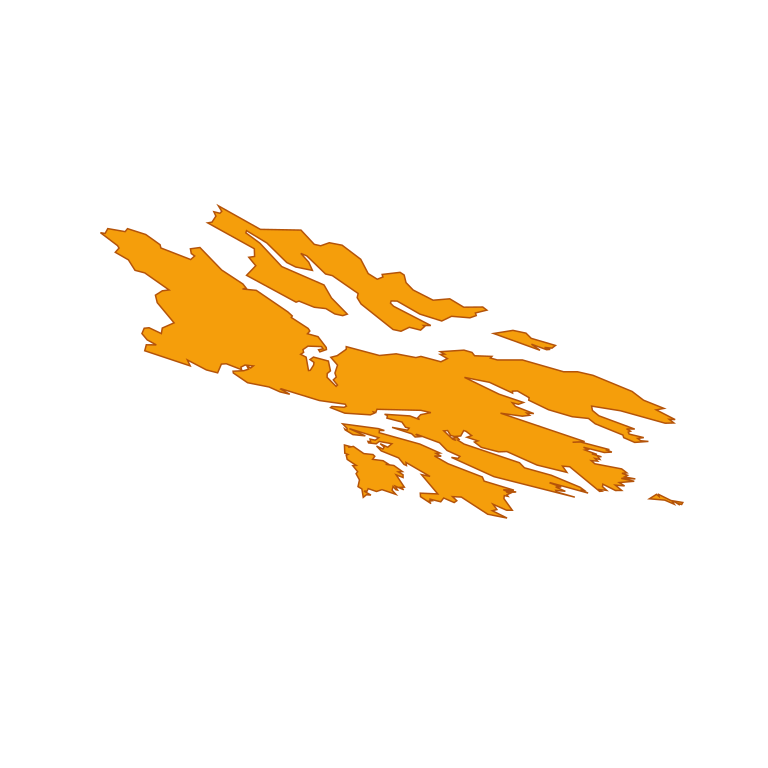 Steigen nor, Nordland, Norway, rotated 205°
{"feature_id": "86288312B1701312811751", "entity_name": "Steigen nor", "entity_type": "district", "adm_level": 2, "iso_a3": "NOR", "parent_name": "Norway", "parent_adm1": "Nordland", "projection": "equal_earth", "projection_center": [15.214, 67.838], "detail": "fine", "context": "isolated", "style": "filled", "palette": "amber", "viewbox_px": 768, "rotation_deg": 205, "n_neighbors": 0, "source": "geoboundaries", "source_scale": "gbopen_adm2", "svg_char_len": 6162}
<svg xmlns="http://www.w3.org/2000/svg" viewBox="0 0 768 768"><g transform="rotate(205 384 384)"><path d="M682.1,416.4L683.0,412.7L700.0,408.1L700.4,402.6L704.9,401.3L684.0,396.8L681.6,395.2L683.2,389.8L668.1,388.5L657.7,381.8L647.8,383.6L618.5,378.4L624.3,374.8L628.7,367.9L623.9,361.9L600.1,350.7L608.6,341.0L607.1,335.6L620.7,335.7L624.9,333.2L624.7,327.4L617.3,323.9L606.9,323.2L616.0,319.1L614.9,313.0L567.3,318.5L572.4,322.7L550.9,321.7L539.5,323.8L539.8,333.3L535.5,335.7L519.1,336.8L520.8,338.8L518.0,342.4L510.0,345.2L511.6,342.1L515.6,342.2L513.0,340.2L516.7,336.8L526.2,331.8L525.2,330.3L508.2,327.5L487.0,332.7L474.9,332.9L465.1,334.9L475.5,335.7L475.2,336.2L435.6,341.7L410.6,349.3L408.7,348.0L410.3,346.0L421.8,341.6L422.5,340.0L407.2,341.0L383.3,350.3L380.5,353.4L381.8,354.2L379.4,354.6L379.7,358.1L339.5,375.7L329.4,377.9L337.8,371.7L339.2,367.5L336.8,366.8L347.1,366.0L370.7,356.8L367.6,356.9L366.9,354.3L351.7,357.1L346.2,353.9L342.6,354.6L343.1,352.1L358.4,348.1L337.9,350.6L333.4,349.1L329.3,351.4L333.4,351.7L333.1,352.2L308.8,354.2L298.8,350.4L284.6,350.5L285.5,347.9L291.9,346.0L245.2,346.5L163.2,362.1L181.9,359.1L183.3,360.2L174.3,363.4L185.0,363.2L179.8,365.5L191.6,364.5L191.6,364.8L152.9,371.4L161.2,371.0L157.7,372.3L162.6,373.3L193.7,372.0L221.3,367.4L227.9,369.9L286.0,363.4L293.6,364.3L292.5,365.5L294.9,366.5L299.4,363.7L295.0,363.3L298.4,363.0L310.0,366.8L306.7,368.7L301.9,365.6L298.0,366.2L292.5,369.3L292.1,375.5L289.7,375.8L282.8,374.3L286.3,370.8L274.9,372.1L277.5,369.6L269.0,367.7L251.4,371.0L244.1,374.7L211.1,375.2L180.9,381.2L187.5,385.0L180.7,387.5L143.2,377.8L141.5,378.8L145.5,378.9L137.2,381.7L142.6,383.3L143.3,385.7L129.2,385.3L123.6,388.0L131.6,390.1L122.9,393.3L129.1,394.1L116.1,401.6L129.1,398.7L116.1,404.2L126.8,401.4L124.7,404.2L130.6,403.6L126.3,406.1L132.7,407.5L159.2,400.8L163.8,402.1L157.8,404.4L161.3,405.7L156.5,406.9L159.9,408.8L156.1,409.9L166.1,408.5L161.3,410.2L174.0,409.1L171.6,410.9L176.5,411.0L155.4,415.0L148.7,418.6L155.3,418.1L152.0,419.8L181.3,414.5L188.5,410.9L177.8,416.6L266.1,406.8L245.0,413.3L238.8,417.2L242.3,418.0L235.7,420.5L255.4,419.2L259.8,421.2L253.6,422.4L249.8,426.2L275.3,423.4L313.9,424.0L289.1,430.1L263.6,430.1L264.6,431.8L260.1,434.1L246.7,432.9L246.0,430.5L224.0,430.2L199.6,433.9L184.1,439.2L175.8,437.2L145.9,438.7L144.1,436.7L132.1,437.0L120.1,443.7L127.3,441.1L131.1,441.9L125.9,445.2L140.7,442.2L142.3,443.6L140.6,445.4L145.2,445.8L137.7,449.1L175.8,446.0L183.9,448.1L186.5,451.7L158.3,459.7L112.6,467.3L104.8,471.2L110.6,472.5L105.1,474.8L126.4,475.6L119.9,480.2L141.9,479.0L156.0,482.1L198.2,480.2L213.7,476.9L226.4,471.0L268.7,464.3L291.4,453.7L298.6,452.5L297.9,454.6L313.8,447.9L317.6,449.8L325.8,448.5L346.6,437.1L341.7,436.7L345.5,434.6L337.3,433.8L341.8,428.2L362.2,424.6L366.3,421.4L385.7,416.5L400.2,407.9L434.0,401.9L432.9,399.5L438.4,389.9L443.5,385.7L434.1,381.5L433.1,373.2L430.2,370.1L431.7,366.3L425.7,363.4L426.4,361.6L438.4,366.0L439.9,369.5L438.1,373.3L444.1,381.3L459.3,378.6L461.4,374.9L456.6,374.0L455.8,371.4L456.6,365.2L458.1,364.3L465.9,375.4L472.1,375.7L470.2,378.7L472.0,380.9L468.9,386.2L456.4,391.5L454.1,390.1L457.8,387.4L455.7,386.0L450.7,390.9L451.8,392.7L463.8,399.0L474.6,397.2L473.6,400.7L476.2,402.3L496.1,405.1L495.9,406.9L501.6,408.7L539.3,414.9L552.4,410.3L549.4,412.6L554.1,415.0L579.3,418.7L608.5,429.9L616.6,424.7L613.8,420.8L609.7,420.0L611.8,415.1L643.7,413.0L645.8,415.6L663.1,418.8L682.1,416.4ZM554.5,424.4L498.3,421.0L496.1,423.2L479.6,424.1L468.5,427.8L458.2,426.7L450.3,428.5L446.8,431.8L468.0,439.8L480.2,448.4L526.3,447.2L556.0,459.2L573.1,462.6L573.4,464.9L549.8,462.3L523.5,453.0L513.5,452.7L496.9,456.7L503.7,462.6L514.6,467.2L508.1,467.5L483.5,459.0L476.6,460.4L445.7,455.1L444.8,450.9L438.6,446.8L398.8,437.2L390.9,439.0L385.0,446.1L373.6,448.3L371.5,453.3L373.0,453.7L366.3,456.8L408.2,458.5L412.3,460.0L412.6,462.3L407.1,464.7L381.0,462.5L358.3,465.5L351.4,473.9L334.1,480.3L329.3,485.0L331.2,487.0L322.0,494.4L327.0,495.5L344.2,487.3L360.4,489.0L374.9,480.7L397.3,481.5L406.9,485.2L411.8,491.3L416.6,492.0L432.0,482.5L430.2,480.5L434.4,476.1L445.0,477.4L457.8,487.2L480.6,492.1L493.3,488.9L499.8,482.5L506.2,481.1L524.3,488.4L561.4,471.9L609.4,475.5L604.0,471.9L604.9,469.4L611.0,468.2L607.3,465.1L608.3,458.0L611.9,455.5L558.7,451.8L555.2,444.9L560.1,441.7L550.2,437.0L554.5,424.4ZM303.3,297.3L290.8,295.5L293.9,296.6L291.5,298.2L293.2,298.2L293.6,299.1L282.8,301.2L281.7,305.9L270.3,306.2L268.7,309.0L274.3,310.9L266.1,314.2L234.9,309.8L215.8,314.5L232.3,314.9L228.6,317.9L234.4,321.1L219.6,321.4L214.4,323.8L226.9,330.8L227.8,333.7L224.1,334.6L225.8,335.5L223.2,338.6L226.9,337.8L227.9,338.5L220.6,340.8L218.6,342.0L229.7,338.5L231.2,338.6L221.4,342.7L252.2,338.3L255.6,341.3L292.3,338.8L307.9,340.1L301.6,342.7L307.5,343.1L304.1,345.1L326.2,344.7L367.8,337.8L368.5,339.9L364.0,342.0L370.2,341.2L404.6,330.4L398.7,328.2L397.9,326.2L400.5,326.6L399.8,326.0L390.8,325.0L379.0,329.1L396.6,328.9L366.1,333.1L368.2,329.4L373.4,328.2L371.7,326.0L374.3,325.2L373.1,324.1L365.8,326.5L364.1,329.9L351.6,333.2L353.9,328.3L362.2,328.3L357.2,326.9L357.5,324.6L364.5,324.6L358.3,322.2L339.5,323.2L331.9,319.6L329.2,319.6L330.9,322.2L303.2,319.7L311.7,317.7L288.8,307.1L305.0,300.4L303.3,297.3ZM354.9,272.5L353.1,276.2L348.9,277.8L356.9,278.5L354.1,279.7L354.1,282.5L345.4,283.4L341.2,287.4L326.6,289.0L331.8,291.2L332.5,295.0L328.7,293.2L326.9,293.6L330.7,296.2L321.4,296.5L325.2,297.4L322.0,299.1L334.6,306.8L327.2,307.3L328.4,309.8L333.9,310.4L330.3,312.4L340.6,314.3L348.6,311.9L346.5,313.3L352.4,314.1L362.5,310.9L361.8,314.6L364.2,315.4L372.9,312.4L385.4,314.5L389.6,311.5L388.9,312.9L394.1,312.0L390.3,304.7L386.9,304.9L388.1,303.4L385.5,300.1L374.8,298.5L377.8,296.8L370.8,293.4L371.4,290.9L365.7,286.7L364.2,280.0L359.7,279.5L354.9,272.5ZM306.0,476.1L256.9,480.5L267.2,482.4L251.1,483.8L248.0,485.6L254.0,485.0L246.9,487.5L244.9,491.4L269.9,487.6L276.8,490.1L289.8,487.1L306.0,476.1ZM95.0,392.1L80.5,397.4L70.2,397.7L72.6,399.1L70.5,400.0L64.7,399.3L66.4,400.0L63.3,400.6L63.1,402.9L74.7,399.7L88.3,400.0L87.1,398.3L90.4,399.2L95.0,392.1Z" fill="#f59e0b" stroke="#b45309" stroke-width="1.5"/></g></svg>